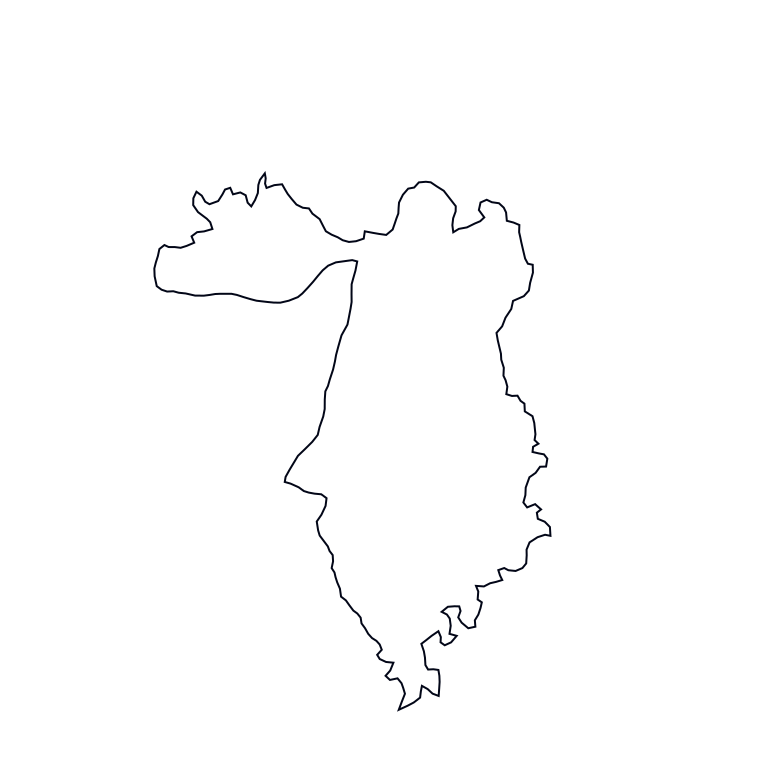 Ibiaçá, Rio Grande do Sul, Brazil, rotated 228°
{"feature_id": "56859067B35594515924132", "entity_name": "Ibiaçá", "entity_type": "district", "adm_level": 2, "iso_a3": "BRA", "parent_name": "Brazil", "parent_adm1": "Rio Grande do Sul", "projection": "robinson", "projection_center": [-51.78, -28.103], "detail": "fine", "context": "isolated", "style": "outline", "palette": "ink", "viewbox_px": 768, "rotation_deg": 228, "n_neighbors": 0, "source": "geoboundaries", "source_scale": "gbopen_adm2", "svg_char_len": 4042}
<svg xmlns="http://www.w3.org/2000/svg" viewBox="0 0 768 768"><g transform="rotate(228 384 384)"><path d="M510.3,471.9L505.6,466.2L508.8,458.8L513.0,453.0L518.5,449.5L524.0,447.8L530.0,445.0L536.4,443.0L542.2,444.5L549.6,446.5L558.5,444.8L564.7,445.7L569.3,441.6L575.9,439.0L583.3,439.2L589.6,439.6L594.3,440.5L600.6,441.9L605.2,435.5L608.3,427.9L612.5,429.7L616.0,433.7L620.3,436.4L618.7,428.4L616.0,423.8L610.3,418.0L607.0,411.3L604.8,404.2L610.0,404.0L616.8,407.5L622.5,405.4L626.0,398.7L632.7,401.0L634.9,396.0L633.0,390.8L630.9,383.2L634.4,374.6L639.1,373.1L645.9,374.6L652.4,373.3L649.6,366.6L644.6,361.9L636.2,360.8L630.5,361.9L625.4,362.9L620.5,363.1L614.0,360.2L617.8,352.4L621.9,346.7L622.5,339.8L616.0,337.5L618.7,329.7L621.3,324.0L625.7,320.2L629.9,315.6L634.2,313.8L634.6,307.4L630.4,301.6L627.0,295.8L623.5,290.6L617.5,285.6L608.8,280.6L602.9,281.8L597.8,284.7L593.9,289.5L589.2,292.5L584.0,297.2L576.2,302.7L570.2,309.2L566.8,314.1L563.8,318.8L560.5,322.8L557.0,326.7L553.1,331.0L548.6,334.3L542.7,337.7L536.5,341.5L531.2,345.0L522.8,352.4L518.1,356.7L513.8,361.4L509.6,369.0L506.2,378.1L505.9,383.8L506.5,391.4L507.4,399.6L508.6,407.4L509.5,414.5L509.3,421.7L506.6,429.6L500.1,439.2L497.3,443.3L493.0,446.1L487.4,438.7L483.2,432.0L479.8,426.7L472.5,420.0L466.6,414.8L462.4,409.6L455.9,401.0L452.6,396.6L448.6,385.0L442.4,375.1L437.7,367.9L433.5,362.5L428.8,355.8L423.6,346.7L420.0,341.0L417.8,335.5L412.1,329.6L405.1,323.2L400.5,317.1L395.2,307.4L390.5,300.7L389.0,291.9L388.5,281.5L388.2,272.0L383.5,256.6L380.8,248.7L377.6,244.7L372.5,247.9L364.3,251.5L358.1,252.8L353.7,255.4L349.0,259.0L344.0,263.6L337.6,264.9L332.5,259.0L328.7,250.0L326.8,242.0L319.3,237.1L314.4,234.8L307.6,234.2L300.9,233.6L296.3,231.8L291.2,231.4L286.3,227.5L282.2,221.9L277.1,221.1L272.8,218.7L267.9,216.5L261.4,214.3L254.7,209.8L248.7,210.9L242.8,210.2L236.1,209.6L231.3,210.6L226.0,210.3L221.1,207.1L215.2,206.5L208.9,205.1L203.2,205.1L198.2,206.5L193.3,206.5L188.0,204.5L187.3,197.7L182.5,196.8L176.1,199.5L170.6,204.5L166.9,196.9L166.1,189.9L160.1,190.4L156.2,197.1L149.9,196.8L145.3,194.9L139.8,192.3L135.8,184.3L132.0,177.0L129.1,186.3L127.4,193.0L126.8,201.0L130.9,205.7L134.3,210.2L128.1,212.3L121.4,212.9L115.6,215.9L121.2,221.7L125.4,226.0L130.1,229.9L135.1,233.1L139.0,229.8L142.3,225.7L147.4,226.7L153.3,231.4L158.7,234.8L165.9,237.9L165.4,244.1L165.0,250.8L163.9,259.0L157.9,256.9L154.2,253.2L149.2,254.3L147.1,261.0L148.2,269.5L154.5,265.5L159.7,271.8L165.7,275.9L170.6,276.5L176.1,274.4L175.7,282.4L171.7,287.6L168.4,291.1L164.1,289.0L160.9,283.0L154.7,282.0L146.1,283.2L142.5,289.5L147.6,293.4L149.5,299.8L153.0,305.9L156.3,310.6L161.2,309.4L166.7,315.2L172.4,317.3L166.7,322.8L164.9,329.6L162.0,334.8L159.2,340.7L164.1,342.1L169.2,344.4L166.8,350.2L162.4,351.8L157.0,356.7L154.6,363.7L155.5,369.6L161.2,375.4L165.5,379.1L168.9,386.2L167.4,395.6L164.2,402.8L159.8,406.1L166.7,411.6L174.1,411.3L180.9,408.1L186.1,411.5L185.7,416.8L193.6,415.9L196.5,407.8L202.7,408.3L206.8,414.7L212.2,420.0L217.4,429.7L216.5,437.2L218.1,444.6L214.2,449.2L219.2,455.4L224.7,455.8L228.7,452.7L234.1,448.9L237.6,452.8L236.3,458.8L241.6,458.4L245.3,462.9L249.3,465.8L254.5,469.6L260.7,472.8L269.4,470.3L275.4,475.2L280.1,474.2L286.0,475.4L289.5,471.1L294.6,468.1L299.5,473.9L305.5,476.9L310.2,478.3L315.9,483.9L323.6,487.4L328.3,491.2L340.2,497.7L346.7,501.8L347.8,510.4L352.0,518.7L354.6,528.8L359.4,535.5L355.7,546.7L356.5,554.2L361.4,560.3L367.1,569.2L373.1,574.3L377.1,571.4L382.8,572.8L390.3,576.9L397.7,581.0L402.1,583.6L406.4,586.0L411.6,591.0L417.3,588.3L423.1,584.5L429.8,589.5L434.9,591.0L441.4,590.4L446.9,585.8L452.2,583.6L454.3,577.2L449.8,570.9L440.7,570.0L440.6,564.4L442.5,558.9L444.9,550.4L449.2,543.4L450.4,537.0L456.3,541.1L460.9,546.3L464.3,552.7L468.1,556.3L487.6,557.7L495.7,555.4L502.6,553.7L506.3,550.4L510.5,544.8L509.8,537.9L513.0,532.7L512.0,524.7L508.8,516.6L505.4,513.0L501.1,508.7L498.7,504.0L496.2,499.6L493.0,493.8L493.3,485.4L498.9,480.7L503.6,477.0L510.3,471.9Z" fill="none" stroke="#020617" stroke-width="2"/></g></svg>